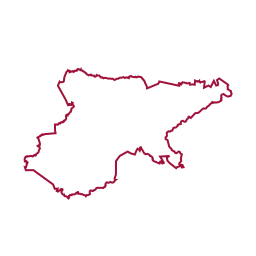 outline of Del Nayar, Nayarit, Mexico, rotated 264°
{"feature_id": "50627088B12787486609303", "entity_name": "Del Nayar", "entity_type": "district", "adm_level": 2, "iso_a3": "MEX", "parent_name": "Mexico", "parent_adm1": "Nayarit", "projection": "mercator", "projection_center": [-104.607, 22.056], "detail": "fine", "context": "isolated", "style": "outline", "palette": "rose", "viewbox_px": 256, "rotation_deg": 264, "n_neighbors": 0, "source": "geoboundaries", "source_scale": "gbopen_adm2", "svg_char_len": 5763}
<svg xmlns="http://www.w3.org/2000/svg" viewBox="0 0 256 256"><g transform="rotate(264 128 128)"><path d="M75.2,48.8L75.1,51.4L74.8,51.1L74.0,51.2L72.8,50.5L72.1,51.6L72.2,52.2L73.1,52.6L73.0,53.6L74.3,54.9L74.4,55.2L73.9,56.4L73.5,56.5L72.9,56.2L71.9,55.4L71.1,55.1L69.3,55.7L68.5,56.7L68.5,57.5L67.3,57.6L66.8,58.1L66.6,59.2L66.2,59.8L65.5,60.7L64.6,61.0L64.2,61.5L65.0,62.1L65.9,61.6L66.5,62.2L66.7,62.8L67.5,63.5L67.1,64.9L67.9,65.6L67.6,66.7L67.6,68.0L68.4,69.2L68.2,70.3L68.5,70.5L69.1,70.3L69.5,71.3L69.5,71.6L67.7,72.0L67.7,73.4L67.0,74.5L67.0,75.6L66.1,76.8L65.5,78.5L64.6,79.0L65.6,79.9L65.4,81.2L66.2,83.2L68.4,83.2L69.2,83.5L69.8,84.1L69.0,86.3L69.0,86.6L69.1,86.8L69.3,86.6L69.7,87.1L69.7,87.9L70.2,89.2L71.3,90.0L71.8,91.2L71.5,92.6L71.3,95.6L70.9,97.1L71.8,98.2L71.7,98.8L71.9,99.1L72.8,99.3L73.4,99.9L74.0,99.6L74.7,99.8L75.5,100.3L76.1,101.1L76.0,101.9L75.5,103.0L76.2,104.7L75.4,106.3L75.3,107.3L75.9,108.5L77.0,109.4L77.5,110.1L77.5,109.8L79.0,109.3L82.9,111.1L96.3,112.6L101.1,116.9L104.6,125.2L102.5,128.0L100.9,132.0L105.3,134.4L106.4,135.4L105.0,136.9L104.2,137.3L106.2,138.2L106.1,137.9L106.4,137.7L107.4,138.1L107.6,138.6L101.1,141.5L100.9,142.1L100.1,142.6L100.2,144.6L99.9,145.3L98.7,146.8L98.0,146.9L97.6,148.0L96.1,149.3L95.8,149.4L94.8,149.1L94.5,149.5L93.7,149.2L92.5,149.9L89.4,155.6L90.5,156.0L91.3,156.6L91.5,157.7L91.3,158.1L90.3,157.6L89.8,157.7L89.1,158.5L89.6,160.0L93.2,158.5L96.2,156.9L95.9,165.5L95.5,165.6L94.7,163.6L91.3,163.8L88.5,166.0L83.0,171.7L84.1,172.9L84.4,175.0L85.0,177.2L83.2,177.4L83.2,179.1L85.5,178.3L85.9,177.6L86.0,175.6L86.7,175.1L87.9,175.6L89.5,177.5L91.6,177.4L94.4,178.1L96.1,178.8L97.1,177.5L98.4,177.2L99.1,176.6L99.3,175.8L97.9,173.7L97.9,173.0L98.8,172.0L99.9,171.7L100.3,170.6L100.9,170.1L101.6,169.1L102.9,169.0L103.6,168.2L105.2,167.0L111.8,166.1L113.1,164.2L114.9,164.5L115.6,165.6L116.3,165.9L119.2,166.0L120.5,167.9L120.0,169.2L120.8,170.8L120.7,171.4L121.2,172.0L123.4,173.2L123.5,175.6L125.0,177.7L125.7,177.7L126.2,178.2L126.5,181.0L128.3,181.1L129.1,181.8L129.5,183.2L128.3,184.8L128.3,185.9L128.6,186.3L130.5,187.5L131.5,189.0L132.9,189.4L132.8,190.1L131.4,191.5L135.7,196.4L135.8,199.7L139.3,204.4L139.6,205.6L139.2,206.6L139.3,207.5L139.9,208.2L140.8,208.8L142.0,211.2L142.9,211.7L143.3,212.7L144.9,214.4L145.0,214.8L144.0,215.2L144.5,216.9L144.0,218.2L144.3,219.7L144.2,220.7L145.5,223.6L146.0,223.9L146.7,223.5L147.3,223.5L148.1,224.3L149.2,224.0L150.6,224.1L151.4,224.8L151.8,226.6L150.1,228.4L149.0,230.2L148.8,231.3L149.1,232.1L149.1,233.3L150.8,234.5L151.7,234.6L152.3,234.2L153.7,234.3L154.3,233.8L154.8,232.8L155.8,232.0L156.1,231.2L157.8,231.5L159.2,231.3L160.6,232.7L160.4,232.3L167.7,223.9L166.3,221.5L162.9,222.3L161.1,221.7L161.1,220.1L165.9,218.3L160.1,214.6L161.8,212.5L160.1,207.8L166.2,209.2L166.6,208.9L166.1,206.8L166.1,205.0L165.7,204.6L166.4,203.8L167.4,203.8L166.9,203.2L167.3,202.4L166.8,201.9L168.2,199.7L164.0,198.8L164.6,197.3L164.6,194.2L166.4,194.0L166.1,192.1L166.3,191.0L166.8,190.5L166.8,189.8L167.4,188.6L167.4,187.5L167.6,187.2L167.3,187.1L167.1,186.1L166.3,185.9L165.6,185.2L165.9,184.9L166.7,184.7L166.6,184.3L167.3,183.5L167.2,183.2L164.7,183.2L171.0,164.0L168.9,162.8L165.4,151.1L167.7,151.0L171.0,149.7L171.6,149.7L173.4,149.1L173.5,148.7L174.9,148.2L175.0,147.7L177.0,146.7L177.3,146.2L177.8,144.6L177.8,143.9L178.7,142.9L178.2,143.1L177.7,142.7L177.5,141.8L177.8,141.4L177.7,141.1L178.2,140.6L177.9,139.5L178.3,138.0L178.9,137.1L179.0,136.4L179.3,136.3L179.1,134.8L178.0,134.4L178.1,133.9L177.8,133.8L178.0,133.6L177.8,133.4L177.9,133.1L178.3,132.9L178.2,132.1L178.5,131.7L178.4,130.9L178.0,130.1L179.1,128.8L178.8,127.5L178.8,124.9L178.0,123.4L178.2,122.5L177.8,120.9L177.1,119.9L177.7,118.9L178.6,118.1L178.7,116.4L179.1,115.3L179.1,113.7L180.2,111.1L180.3,110.2L180.0,108.6L181.1,107.8L180.9,106.7L181.3,106.6L181.6,105.9L183.2,104.8L183.3,103.4L184.0,102.4L182.6,101.4L182.4,100.7L182.7,100.0L183.7,99.6L184.0,97.3L185.0,96.7L184.8,95.6L184.6,95.5L184.5,94.3L185.3,93.4L185.6,92.8L186.1,92.3L186.7,92.2L187.5,91.1L188.2,90.8L188.8,89.6L189.2,89.3L189.3,88.8L190.0,88.6L190.1,88.0L190.6,87.1L191.2,87.1L190.9,86.8L191.1,86.7L191.0,85.6L191.8,85.0L191.8,84.0L191.1,83.2L190.5,83.2L190.2,81.9L190.5,80.9L189.7,80.3L189.4,79.6L189.8,79.3L190.2,79.4L190.4,79.0L189.6,75.9L190.1,76.0L190.5,76.6L191.1,75.7L191.1,75.1L191.7,74.4L190.9,74.1L190.4,72.8L185.1,70.0L181.0,69.0L180.7,68.5L180.4,66.3L180.7,65.2L181.2,64.8L177.4,62.7L162.9,68.9L156.9,70.8L157.0,71.6L157.6,71.5L158.1,72.1L157.9,72.8L157.0,73.2L156.9,73.6L157.4,73.6L158.2,74.9L159.2,75.0L158.7,75.7L158.2,75.3L157.1,75.3L156.2,76.2L155.0,76.4L153.0,73.6L151.6,73.5L151.0,73.0L150.2,72.9L149.5,71.6L148.2,70.8L147.6,68.5L146.6,69.1L146.4,67.7L146.0,67.5L143.7,67.5L142.5,66.5L142.2,65.5L141.7,65.4L141.7,64.7L141.4,64.3L140.7,64.4L140.5,63.9L140.7,63.0L140.4,62.4L140.6,62.0L140.2,61.8L140.1,61.1L139.7,60.9L140.0,60.4L140.0,60.0L139.3,59.5L139.1,58.8L138.6,58.4L139.2,56.6L139.1,55.7L133.2,55.2L130.4,55.4L130.6,44.2L130.3,43.8L130.1,42.6L130.3,42.5L130.0,42.2L130.3,41.4L129.7,41.0L129.7,40.3L129.1,40.0L129.0,39.8L129.2,39.5L128.5,38.7L128.3,37.4L127.9,36.9L126.1,38.0L121.5,38.8L121.1,38.4L120.4,38.6L119.9,37.3L120.0,37.0L119.7,36.2L119.1,36.6L118.7,37.6L118.3,38.0L116.8,38.2L115.3,37.2L113.0,36.3L111.7,34.0L110.4,33.5L110.3,33.3L110.9,32.1L110.4,31.8L110.3,31.1L109.9,30.7L110.0,30.4L109.7,30.0L110.3,28.8L110.4,27.5L110.1,26.1L110.3,25.2L110.6,24.8L110.2,24.1L109.9,24.0L110.1,23.4L109.8,22.9L108.2,22.0L105.6,21.9L105.5,22.4L105.9,22.9L105.7,23.4L105.1,23.5L104.5,23.8L104.5,24.4L103.9,24.5L103.6,24.2L103.8,24.0L103.6,23.5L101.5,23.4L100.2,22.4L99.7,22.4L99.5,21.8L99.7,21.4L96.7,22.0L96.0,29.4L79.7,47.6L75.2,48.8Z" fill="none" stroke="#9f1239" stroke-width="2"/></g></svg>